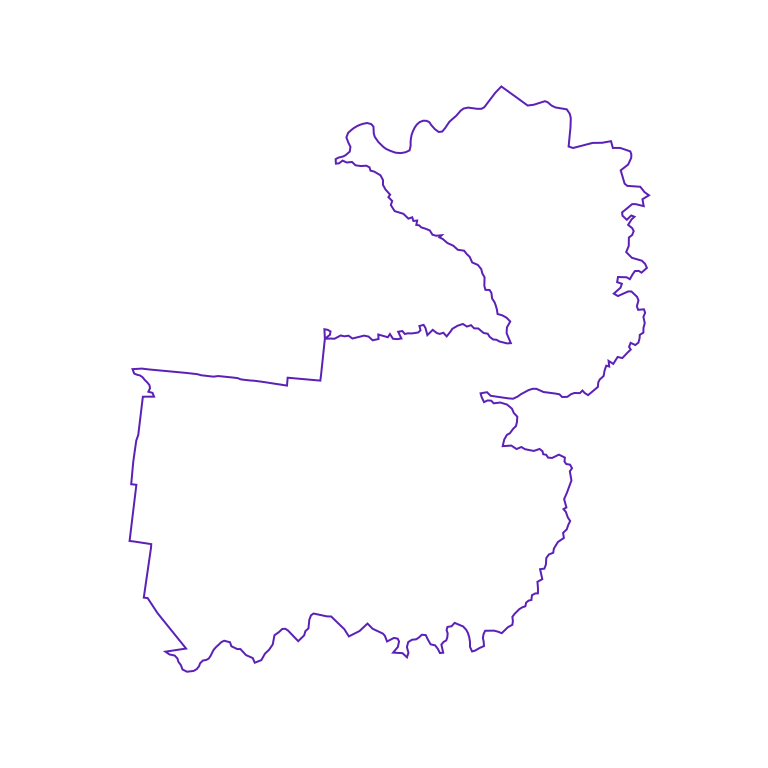 outline of Caxias do Sul, Rio Grande do Sul, Brazil, rotated 7°
{"feature_id": "56859067B1705009335858", "entity_name": "Caxias do Sul", "entity_type": "district", "adm_level": 2, "iso_a3": "BRA", "parent_name": "Brazil", "parent_adm1": "Rio Grande do Sul", "projection": "orthographic", "projection_center": [-50.991, -29.075], "detail": "fine", "context": "isolated", "style": "outline", "palette": "violet", "viewbox_px": 768, "rotation_deg": 7, "n_neighbors": 0, "source": "geoboundaries", "source_scale": "gbopen_adm2", "svg_char_len": 6150}
<svg xmlns="http://www.w3.org/2000/svg" viewBox="0 0 768 768"><g transform="rotate(7 384 384)"><path d="M308.6,166.7L309.4,171.1L312.4,170.5L315.7,167.3L320.0,168.7L325.2,167.5L329.1,170.4L334.3,170.5L339.8,169.5L343.2,170.7L344.6,173.9L348.2,174.3L355.1,177.3L358.2,181.8L358.7,186.5L361.9,190.9L367.0,195.3L365.6,198.0L369.8,201.3L369.0,205.6L373.5,211.1L382.5,212.7L388.1,216.9L391.7,215.1L393.3,218.6L397.0,217.7L396.7,222.2L399.5,222.2L401.9,224.0L406.2,224.8L410.7,226.0L413.9,229.9L417.8,230.5L423.1,229.3L421.1,231.7L424.6,232.9L429.7,236.3L435.9,238.3L440.9,241.8L447.2,241.9L450.5,245.1L453.6,247.4L456.7,252.6L462.7,254.4L466.5,258.1L468.2,262.4L470.8,265.8L471.6,274.3L473.2,278.2L477.3,277.8L479.5,280.5L480.9,286.0L483.7,289.3L485.3,292.3L487.0,296.4L488.2,300.7L493.0,301.4L497.6,303.3L501.7,306.6L499.1,312.9L499.5,318.6L504.9,328.0L501.2,328.7L493.2,327.7L490.3,326.4L486.9,326.5L483.1,324.3L480.9,321.5L476.6,321.2L470.8,317.4L466.7,317.8L463.2,315.0L459.3,316.9L455.0,314.8L449.9,317.2L445.1,320.9L443.6,323.9L440.4,329.1L436.7,325.9L433.2,327.5L430.2,327.0L425.8,324.3L421.1,330.2L418.3,323.3L416.1,320.5L412.1,322.1L413.7,326.2L411.7,328.7L405.6,330.4L401.5,330.8L398.5,331.8L395.8,329.2L391.7,330.4L395.7,336.7L391.5,337.9L387.4,338.0L383.8,333.7L382.1,337.1L372.3,335.6L373.1,340.0L367.4,342.0L362.9,338.8L358.4,338.4L347.1,342.7L343.0,340.4L338.8,341.5L335.1,341.1L329.4,345.1L325.4,345.4L319.8,346.3L320.4,381.9L320.4,388.4L287.6,389.5L287.9,397.4L260.7,396.6L254.4,396.6L251.2,396.8L245.1,396.9L240.9,396.8L238.1,396.0L233.8,396.0L218.5,396.3L213.8,397.5L201.5,397.6L197.5,397.0L186.6,397.1L148.8,398.2L141.9,398.2L132.6,399.9L134.8,404.1L137.7,404.9L140.6,405.2L143.4,406.6L145.9,409.0L148.6,411.1L151.2,413.5L152.3,416.6L151.1,420.4L155.3,421.0L157.3,424.6L146.2,426.0L146.3,464.5L145.0,470.3L144.6,491.5L145.3,514.3L150.5,514.2L150.6,570.8L155.5,570.8L172.5,571.3L172.7,574.8L171.6,625.3L175.5,625.3L187.1,639.0L219.8,670.7L199.7,676.3L204.1,678.6L209.3,679.0L212.4,681.6L213.8,684.8L216.6,687.7L218.8,691.9L223.5,693.6L230.0,692.0L232.9,689.8L234.8,686.7L235.5,683.6L238.0,680.5L241.1,679.6L243.5,677.9L245.0,675.0L246.0,672.1L247.3,668.6L249.5,665.4L252.1,662.4L254.1,659.9L256.7,658.3L262.6,659.1L264.5,662.9L270.7,665.0L273.8,664.6L280.1,669.9L287.1,672.0L289.7,676.4L295.9,673.0L298.7,666.2L302.3,661.8L305.3,656.1L305.9,646.7L309.9,643.1L312.9,639.5L315.9,639.0L318.8,640.4L330.2,649.7L335.4,643.2L336.1,638.9L338.8,635.7L338.6,627.1L339.7,622.6L342.0,620.4L355.7,621.6L359.9,621.2L374.5,632.2L379.9,638.8L389.9,632.1L396.8,623.8L402.5,628.3L413.4,631.9L415.6,633.9L418.4,639.2L424.8,634.8L428.6,635.1L430.3,637.7L429.8,643.3L425.8,649.5L435.2,648.9L440.1,652.5L441.0,647.8L438.8,642.3L439.5,637.2L443.0,634.4L447.0,633.5L449.4,631.5L452.1,628.3L456.0,628.1L458.7,632.3L462.0,636.7L466.7,637.2L469.9,640.6L472.3,644.2L475.5,643.5L472.7,635.6L474.6,632.7L477.0,631.0L477.7,627.9L477.6,623.8L476.1,620.6L476.6,617.4L480.6,616.2L483.2,612.5L492.1,615.0L495.6,618.0L497.7,621.0L499.5,625.1L500.8,629.5L501.4,634.4L504.0,638.7L506.8,637.6L510.7,634.6L515.2,631.9L514.3,627.5L513.1,624.0L513.3,620.0L514.5,616.6L523.1,615.4L527.2,615.9L531.2,617.0L536.6,610.3L540.8,607.3L540.8,603.5L539.8,599.4L541.8,596.0L545.8,590.9L548.6,588.7L551.4,587.4L551.7,583.7L553.9,581.4L556.6,580.4L556.6,575.6L559.5,573.5L562.3,573.0L561.7,567.9L560.4,561.6L564.9,558.4L561.5,548.8L565.7,547.7L566.7,543.4L566.3,536.9L568.4,533.1L572.5,530.9L572.7,526.6L575.9,519.6L581.3,514.9L579.9,509.9L583.1,506.0L584.1,501.3L585.5,497.3L582.8,494.2L580.1,488.8L577.4,486.3L580.1,484.3L576.8,476.3L578.8,469.7L581.8,456.9L579.1,448.0L580.9,444.7L578.5,441.4L574.6,441.2L572.6,439.0L572.5,435.0L566.2,432.8L559.9,436.9L555.9,437.1L553.6,434.5L550.6,434.3L549.5,431.4L546.3,429.5L540.8,432.2L531.8,431.5L528.0,429.8L523.5,432.4L517.9,429.6L509.4,431.2L510.1,424.5L512.2,419.5L514.9,417.6L517.6,412.8L520.1,409.7L520.6,405.6L520.3,400.2L516.4,397.0L514.0,392.9L508.6,389.4L501.7,388.2L495.2,389.8L492.5,387.5L488.8,387.7L485.5,389.8L482.5,385.1L481.0,381.5L487.2,379.6L491.3,382.7L509.0,383.1L513.9,382.9L518.3,380.1L521.2,377.4L528.3,372.4L532.0,370.7L535.8,370.2L543.3,372.5L555.0,372.6L559.3,372.8L562.4,375.2L567.5,374.4L571.0,371.2L574.2,369.7L579.5,369.2L581.8,366.3L584.2,368.4L587.9,370.2L596.6,360.9L596.5,356.2L597.6,353.2L601.0,349.3L601.3,343.6L602.4,338.7L605.4,339.2L604.1,333.7L609.1,336.1L612.6,328.7L617.4,329.2L622.1,322.9L624.7,319.8L622.7,317.3L623.8,313.1L628.7,314.7L631.5,311.9L632.1,307.6L631.9,304.0L635.2,301.4L634.7,296.7L635.4,291.8L633.3,285.8L634.5,281.5L632.9,278.2L627.2,279.4L625.5,276.0L626.4,270.0L624.6,266.7L618.3,262.0L615.0,262.4L605.5,268.2L601.1,266.3L607.0,259.6L607.9,255.5L603.0,254.5L603.2,249.3L611.8,248.5L615.3,250.0L617.3,245.0L619.3,241.3L623.1,240.7L626.0,242.1L630.8,236.7L628.4,232.8L624.9,230.2L614.6,228.5L608.3,223.5L610.1,217.2L609.2,208.8L612.2,205.8L613.2,201.8L611.4,199.1L606.9,196.3L609.7,190.4L612.2,187.5L608.9,186.6L605.0,191.4L600.2,187.9L599.4,184.7L608.4,175.2L611.8,174.8L620.1,175.8L618.0,169.1L624.0,164.4L619.3,161.9L614.3,157.0L601.3,157.7L598.4,155.8L592.9,143.1L599.6,136.4L601.8,129.4L601.5,125.9L600.1,123.1L589.7,120.9L582.4,121.8L579.7,115.3L571.1,118.0L561.6,119.3L542.9,126.7L538.3,125.8L537.8,106.3L537.0,97.3L535.4,93.1L531.9,89.1L520.4,88.6L516.3,87.2L512.0,84.3L509.2,83.7L498.8,88.5L492.7,90.1L464.2,74.4L459.0,81.3L449.8,97.1L447.1,99.0L443.2,99.5L433.8,99.4L429.4,100.9L426.6,103.6L423.0,109.0L419.4,112.9L416.8,116.0L413.4,122.7L411.1,126.3L407.6,127.2L403.4,124.8L399.6,121.5L397.1,118.6L394.2,117.6L390.8,117.9L387.3,119.8L384.9,122.6L383.2,125.8L382.1,128.9L381.1,132.9L380.8,136.7L380.9,140.6L381.4,144.2L380.9,149.0L377.0,151.4L372.4,152.8L367.2,153.0L361.8,151.8L357.4,150.4L354.5,148.8L348.8,144.4L344.7,139.8L343.3,136.5L342.2,129.9L339.7,127.6L335.4,127.0L331.7,128.2L328.3,129.8L325.6,131.5L322.9,133.6L320.5,136.0L317.8,139.1L316.6,143.8L319.1,148.6L321.8,152.7L321.7,157.5L318.0,161.6L315.6,163.2L311.1,164.9L308.6,166.7ZM319.8,346.3L324.3,341.8L324.5,338.4L321.6,337.1L318.2,336.9L319.8,346.3Z" fill="none" stroke="#5b21b6" stroke-width="2"/></g></svg>